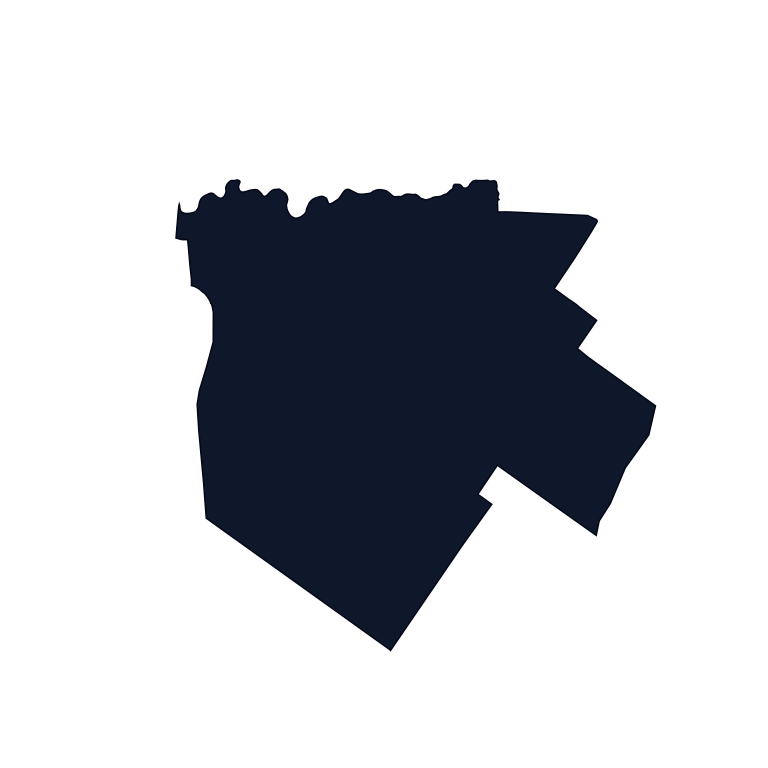 outline of Frumoasa, Teleorman, Romania, rotated 295°
{"feature_id": "2599482B40273657250889", "entity_name": "Frumoasa", "entity_type": "district", "adm_level": 2, "iso_a3": "ROU", "parent_name": "Romania", "parent_adm1": "Teleorman", "projection": "natural_earth1", "projection_center": [25.466, 43.78], "detail": "fine", "context": "isolated", "style": "filled", "palette": "ink", "viewbox_px": 768, "rotation_deg": 295, "n_neighbors": 0, "source": "geoboundaries", "source_scale": "gbopen_adm2", "svg_char_len": 4527}
<svg xmlns="http://www.w3.org/2000/svg" viewBox="0 0 768 768"><g transform="rotate(295 384 384)"><path d="M409.9,638.1L449.7,645.5L472.3,640.7L478.9,639.3L486.3,600.7L489.7,582.9L492.6,567.2L494.6,557.1L497.9,544.2L531.5,549.8L533.1,542.5L536.3,528.2L537.1,525.5L537.9,521.6L538.7,516.0L542.3,497.9L576.9,503.3L586.4,504.6L603.8,506.8L610.3,507.6L621.6,508.7L622.8,507.1L622.7,497.2L613.9,475.9L603.9,451.7L597.4,435.7L592.5,424.0L591.1,420.9L589.4,417.4L588.0,414.4L588.3,414.3L598.3,409.3L599.7,410.3L599.9,409.9L600.6,409.0L600.9,408.6L601.5,408.2L602.8,408.0L604.2,407.8L604.8,407.6L605.2,407.3L605.8,406.6L606.9,405.0L607.9,404.0L608.6,403.6L609.5,403.4L610.2,403.2L610.8,402.9L612.6,401.8L614.1,400.6L614.5,400.2L614.7,399.9L614.8,399.3L614.8,398.7L614.7,398.0L614.5,397.5L613.6,396.0L612.7,394.5L612.6,394.0L612.5,393.2L612.5,392.3L612.3,391.6L611.8,390.8L611.3,389.9L609.8,387.0L608.0,382.9L607.4,381.2L606.3,379.8L605.7,379.1L604.8,378.6L603.1,377.9L602.0,377.6L601.0,377.5L599.5,377.4L597.6,376.7L596.7,376.1L596.1,375.4L595.7,374.6L595.4,373.5L595.4,372.6L595.6,371.9L596.4,370.3L596.7,369.3L596.7,368.1L596.6,367.4L595.9,366.2L595.3,364.6L594.8,363.7L594.3,363.4L593.5,363.2L592.7,363.2L591.5,363.5L590.7,363.7L590.0,363.6L589.2,363.4L588.2,362.8L587.4,362.3L586.4,361.9L583.8,360.9L582.7,360.4L582.3,360.1L581.8,359.3L581.0,358.4L578.9,356.8L577.9,355.8L577.1,354.7L575.5,351.9L574.2,350.0L573.2,349.0L572.1,348.3L571.5,347.7L570.9,347.1L569.5,345.4L568.7,344.4L568.5,343.9L568.3,343.0L568.2,341.6L568.0,340.3L567.9,338.9L568.0,338.1L568.8,336.2L569.0,335.0L569.2,333.4L569.2,332.6L569.0,332.0L568.4,331.1L567.9,330.1L567.3,328.3L566.4,325.8L565.6,324.3L565.0,323.5L564.2,322.7L562.2,321.3L561.5,320.8L561.1,320.3L560.6,319.3L559.9,317.6L559.0,316.2L558.4,315.0L558.1,313.9L558.1,312.5L558.4,311.3L559.5,307.8L560.0,304.8L559.7,302.4L559.1,300.2L558.4,298.0L557.3,296.1L556.4,295.0L555.3,294.0L553.8,292.5L551.9,291.7L550.8,290.5L549.0,287.7L547.0,284.6L545.8,281.6L545.3,280.3L545.3,276.7L545.5,272.4L545.5,270.3L545.2,269.0L544.6,267.9L543.7,267.1L542.6,266.6L540.8,266.1L538.5,265.7L534.8,265.1L533.2,264.8L532.0,264.3L527.9,261.8L525.5,260.2L524.6,259.2L524.2,258.3L524.3,257.5L525.0,256.5L526.1,255.4L527.3,254.2L527.8,253.5L528.1,252.5L528.2,251.1L528.2,249.6L527.8,248.3L526.9,246.9L525.4,245.2L523.4,243.0L521.2,241.3L519.3,240.5L517.4,239.9L515.6,239.7L513.1,239.8L510.3,239.8L508.8,240.1L507.4,240.6L506.9,240.6L505.1,240.3L503.5,239.7L501.4,238.6L499.8,237.5L498.3,235.9L497.3,234.6L496.8,233.6L496.6,232.6L496.6,230.3L497.0,228.5L497.7,226.9L498.7,225.3L500.2,223.5L501.5,222.2L504.1,220.3L505.0,219.9L506.4,219.6L508.7,219.2L510.5,218.8L511.4,218.2L513.1,216.9L514.1,215.7L515.0,214.1L515.2,213.5L515.3,212.6L515.8,211.0L516.0,209.5L516.1,208.5L516.3,207.6L516.4,207.0L516.3,206.6L515.9,205.8L515.4,205.1L514.5,203.5L513.7,202.1L512.7,201.2L511.5,200.4L508.7,199.2L505.7,198.3L504.3,197.4L503.6,196.7L503.4,196.2L503.4,195.6L503.4,194.9L503.8,193.9L504.7,192.5L505.8,189.6L506.3,187.6L506.4,186.8L506.2,186.0L505.1,183.9L502.8,180.5L499.9,177.3L498.8,175.7L498.2,175.0L497.9,174.2L497.8,173.0L498.1,172.0L498.8,170.8L500.1,169.5L501.4,168.7L503.5,168.3L505.6,168.2L506.3,168.1L506.8,167.6L507.1,166.8L507.1,165.8L507.0,165.0L506.6,164.2L505.7,163.2L505.1,162.4L504.7,161.5L503.9,159.8L503.1,159.0L502.0,158.5L500.3,157.7L498.9,157.4L497.1,157.3L495.1,157.6L494.1,158.0L493.3,158.6L492.0,159.3L491.2,159.7L489.2,159.9L486.6,159.8L485.4,159.3L484.4,158.8L483.7,158.2L483.2,157.2L482.9,155.9L482.9,154.4L483.9,150.5L484.4,149.0L484.3,148.2L484.2,147.5L483.8,146.4L482.8,145.2L478.8,141.8L476.5,140.5L474.9,140.0L473.4,139.9L471.6,139.9L469.7,140.2L467.5,140.9L465.5,141.2L463.3,141.0L461.9,140.7L460.8,140.3L459.4,139.3L457.0,136.5L455.6,134.0L454.6,131.9L454.3,129.7L454.3,128.4L454.6,127.2L455.3,126.3L457.2,124.6L459.3,123.4L460.3,122.5L458.3,122.9L453.1,124.7L441.4,129.0L428.4,133.8L429.2,138.7L429.4,139.7L429.9,140.8L431.8,145.0L426.2,148.4L410.2,157.6L397.4,165.3L391.8,167.9L392.1,169.6L392.3,171.0L392.3,172.2L392.3,173.9L391.9,176.7L391.4,178.7L390.6,181.1L390.6,182.2L390.1,183.5L389.3,185.4L388.1,187.7L386.2,190.5L384.8,192.2L383.8,192.9L383.7,193.5L383.4,194.0L381.1,196.0L376.9,199.0L349.8,211.5L324.1,216.0L300.3,219.4L286.5,223.3L264.1,235.5L217.6,262.6L187.3,279.6L183.3,300.6L145.7,501.4L145.2,502.5L270.0,523.0L320.5,532.5L323.7,515.6L357.2,520.9L358.3,521.0L345.6,590.3L336.5,640.3L350.8,636.9L371.4,639.6L409.9,638.1Z" fill="#0f172a" stroke="#020617" stroke-width="1.5"/></g></svg>